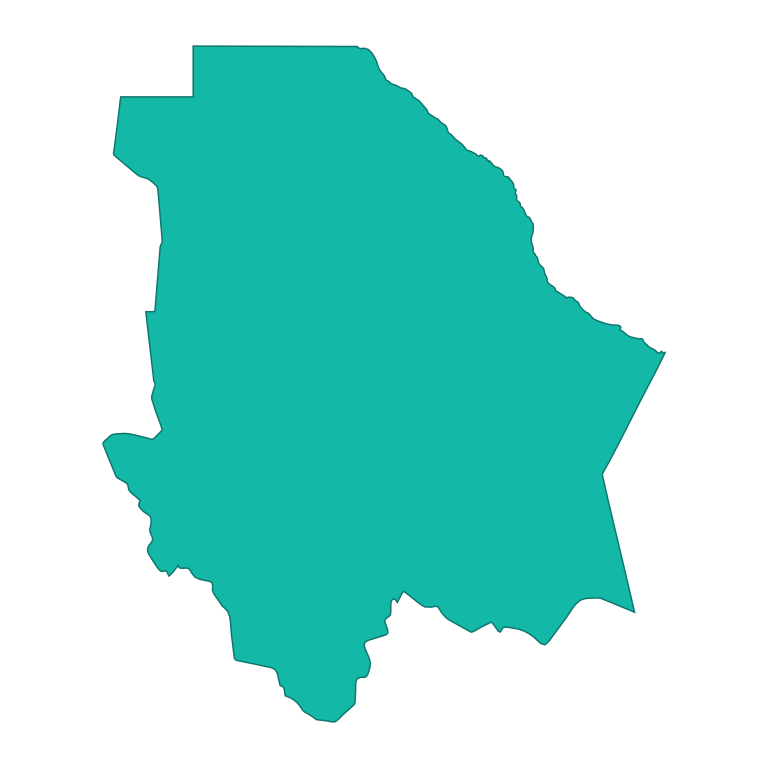 SVG path tracing the border of Chihuahua
{"feature_id": "MEX-2709", "entity_name": "Chihuahua", "entity_type": "State", "adm_level": 1, "iso_a3": "MEX", "parent_name": "Mexico", "parent_adm1": "", "projection": "mercator", "projection_center": [-106.749, 28.699], "detail": "fine", "context": "isolated", "style": "filled", "palette": "teal", "viewbox_px": 768, "rotation_deg": 0, "n_neighbors": 0, "source": "natural_earth", "source_scale": "10m", "svg_char_len": 6082}
<svg xmlns="http://www.w3.org/2000/svg" viewBox="0 0 768 768"><path d="M193.2,46.1L356.5,46.5L357.6,46.9L358.9,48.2L360.8,48.6L365.0,48.3L368.6,49.7L371.8,52.9L374.4,56.9L376.3,60.7L378.8,68.4L379.9,70.4L383.9,75.2L384.9,76.9L385.3,78.1L385.4,78.7L385.6,79.3L386.2,80.0L389.5,81.9L390.5,83.4L392.7,84.3L396.7,85.5L400.0,87.5L401.8,88.2L404.3,88.5L405.8,89.1L410.0,92.0L411.3,93.1L411.9,94.1L412.6,96.0L413.2,97.0L415.1,98.1L416.2,98.9L416.2,99.3L417.8,99.9L419.6,101.3L427.0,110.0L427.7,112.1L428.6,113.5L435.9,118.3L437.5,118.9L438.2,119.4L440.6,122.1L442.5,123.6L444.2,124.5L445.7,125.7L446.8,127.9L448.1,131.9L449.0,133.4L451.4,134.7L454.7,138.6L462.5,144.7L466.3,149.5L467.5,150.5L470.3,151.2L475.9,154.0L476.5,154.5L476.9,155.2L477.5,155.8L478.5,156.3L479.0,156.3L479.4,156.0L480.1,155.1L480.4,155.0L481.5,155.4L482.1,155.5L482.8,155.9L483.7,157.5L484.7,157.9L485.7,157.9L486.4,158.3L486.8,159.0L487.0,160.2L487.3,160.0L487.8,160.3L489.0,161.7L489.6,160.9L494.1,166.2L495.9,167.0L497.7,167.4L499.8,168.5L501.7,169.9L502.9,171.6L503.2,172.8L503.3,174.0L503.5,175.2L504.2,176.2L505.1,176.5L508.2,177.0L508.8,177.4L509.4,178.6L512.3,181.9L513.4,183.9L513.7,185.0L513.8,187.4L514.1,188.5L515.7,189.4L516.0,190.0L516.0,190.7L515.5,191.9L515.3,192.7L515.5,193.9L516.5,195.4L516.7,196.5L516.6,198.2L516.4,198.9L516.6,199.5L517.4,200.7L518.1,201.5L519.4,202.3L520.0,203.0L520.2,204.0L520.3,205.3L520.5,206.4L521.0,206.8L522.8,208.0L524.2,210.7L525.4,213.8L526.6,216.0L527.3,216.5L529.0,217.3L529.9,218.2L531.8,222.2L533.1,223.9L533.4,226.4L533.2,230.5L532.8,233.0L531.5,237.0L531.2,239.2L531.4,241.9L533.2,248.0L533.3,249.0L533.0,250.7L533.2,251.8L533.6,252.4L534.9,253.9L535.1,254.4L535.6,255.6L537.4,257.8L538.7,263.0L539.1,263.9L540.9,265.9L542.6,267.3L543.8,269.0L544.7,273.6L546.4,276.8L547.0,278.4L547.2,280.0L547.2,281.1L547.6,282.2L549.0,283.7L553.5,286.9L554.9,288.2L555.2,288.9L555.6,290.0L556.0,290.9L556.6,291.3L557.3,291.6L565.1,296.6L566.1,298.1L567.9,297.2L570.5,297.2L573.0,297.8L574.6,299.8L576.9,301.6L577.7,301.9L578.3,302.5L580.0,306.4L583.2,310.0L585.3,311.8L588.6,313.4L593.2,318.6L596.9,320.6L605.6,323.6L611.8,324.9L618.5,325.3L619.5,325.7L620.4,326.5L620.9,327.6L620.1,330.0L620.8,330.6L621.9,330.9L622.8,331.4L627.3,335.2L630.1,336.8L638.6,338.9L641.2,338.7L642.0,338.9L642.8,339.5L643.1,340.2L643.4,341.0L643.9,342.0L648.9,346.9L653.0,349.2L654.2,349.6L655.0,350.2L657.7,352.7L659.1,353.3L660.2,352.6L661.1,351.6L661.9,351.4L663.1,353.3L663.7,353.0L665.1,352.5L664.9,353.1L657.2,368.7L649.2,384.0L641.2,399.3L633.4,414.6L621.7,437.7L613.6,453.3L609.5,461.0L602.2,474.2L609.1,504.5L624.0,567.2L628.9,588.0L634.6,612.2L604.3,599.7L601.9,598.7L599.8,598.1L597.7,597.9L587.6,598.3L583.8,598.9L580.3,600.3L576.1,603.7L572.6,608.2L566.1,617.9L548.7,641.5L545.1,644.8L541.2,643.7L537.4,640.4L534.0,637.2L529.1,633.7L524.0,631.0L518.5,629.1L508.1,627.3L505.8,627.1L503.7,627.3L502.3,628.6L501.2,630.7L500.0,632.1L498.3,631.1L494.7,626.1L492.5,623.2L491.3,622.1L480.4,627.5L475.6,630.4L472.8,631.8L471.0,632.1L449.0,619.9L446.9,618.4L445.0,616.6L441.5,612.5L440.0,610.1L438.6,607.8L437.0,606.3L434.7,606.4L432.3,607.0L429.8,607.1L424.7,606.9L420.8,604.6L417.0,601.7L409.5,595.7L406.6,593.5L403.7,591.3L401.9,593.5L401.4,594.4L400.5,596.4L398.4,600.4L397.4,602.4L396.4,601.0L395.3,599.6L393.9,598.9L392.3,599.5L391.1,601.7L390.8,604.7L390.8,607.9L390.8,610.7L390.6,613.3L390.4,614.7L390.0,615.6L386.5,618.2L385.0,619.7L384.7,621.3L386.2,625.6L387.6,630.0L387.9,632.2L387.5,633.6L386.3,634.5L384.4,635.3L367.7,640.5L364.7,642.6L364.2,645.6L365.2,649.0L368.2,655.9L369.6,659.6L370.4,663.4L369.9,667.3L368.7,671.8L367.9,674.0L366.8,675.9L365.3,677.2L363.6,677.4L361.9,677.3L360.1,677.3L357.0,679.0L355.8,682.1L355.6,686.0L355.6,690.0L355.1,701.7L354.7,703.6L353.9,704.9L342.3,715.3L338.9,718.8L336.9,720.5L335.1,721.7L333.3,721.9L331.1,721.7L327.1,720.9L316.2,719.6L313.4,717.4L310.7,715.5L307.8,713.7L304.7,712.0L302.8,710.3L301.2,708.0L299.6,705.6L297.9,703.5L295.6,701.4L293.2,699.5L290.7,698.0L287.9,696.7L285.6,696.0L285.1,695.3L284.8,692.2L284.5,690.8L283.8,688.0L283.1,686.8L282.1,686.3L281.0,685.9L279.9,685.0L279.5,682.9L278.9,680.6L278.5,679.0L277.9,675.6L277.0,672.4L275.3,669.9L273.0,668.3L270.3,667.4L244.1,661.9L237.1,660.5L235.4,659.8L234.5,658.3L234.0,655.1L231.6,635.7L231.1,629.9L230.6,623.3L229.8,617.0L228.0,612.0L226.3,609.7L222.1,605.7L220.4,603.3L218.4,600.2L216.1,597.1L213.9,593.9L212.5,590.4L212.6,584.8L211.8,582.5L209.6,581.3L204.8,580.4L199.6,579.2L194.9,577.0L191.7,573.0L190.6,571.1L189.4,569.4L188.0,568.3L186.0,568.0L183.8,568.2L181.3,568.3L179.1,567.6L177.9,565.5L175.9,568.3L173.8,571.1L171.5,573.7L169.0,576.0L168.4,574.9L167.8,573.8L166.8,571.5L166.2,570.8L165.5,570.7L163.9,571.2L162.2,571.4L161.0,571.2L159.9,570.5L158.7,569.2L156.4,566.1L154.3,562.9L150.1,556.3L148.7,554.0L147.8,551.8L147.6,549.3L148.3,546.6L149.9,544.1L151.6,542.2L152.6,539.9L152.1,536.7L150.5,533.2L149.9,531.3L149.8,529.4L150.7,525.1L151.1,522.9L151.2,520.7L151.0,518.8L150.4,517.0L149.4,515.6L147.9,514.5L145.3,512.9L143.1,511.1L141.0,509.0L139.0,506.5L138.8,504.9L139.0,503.4L139.6,501.9L140.5,500.7L130.1,491.8L128.8,489.8L127.8,485.0L126.7,483.2L118.8,478.7L117.5,477.9L116.4,476.9L115.7,475.5L103.7,446.0L102.9,443.7L103.9,441.7L105.7,440.0L107.6,438.4L109.5,436.5L111.0,435.2L112.8,434.5L115.2,434.0L120.2,433.6L124.7,433.5L129.2,433.8L134.1,434.8L147.4,438.1L150.7,439.2L152.3,439.3L153.7,438.7L161.9,430.5L161.9,428.9L161.1,426.1L160.1,423.1L155.9,412.0L151.8,399.0L151.8,396.1L152.8,392.3L155.0,385.5L155.2,384.2L154.8,383.1L153.9,381.1L153.6,379.9L153.3,376.1L148.3,333.6L145.8,311.7L152.5,311.7L154.2,311.6L154.9,311.0L155.1,309.8L155.2,307.6L159.0,261.5L159.8,251.5L160.1,247.4L160.5,245.6L162.1,242.4L162.3,241.1L159.6,209.7L159.3,205.5L158.1,191.7L157.8,189.0L157.3,187.1L156.2,185.6L154.3,183.8L151.8,181.6L149.5,179.8L147.1,178.5L144.1,177.6L142.3,177.1L140.4,176.5L138.6,175.6L137.0,174.5L115.1,156.1L113.8,154.6L113.5,153.0L114.2,148.7L117.3,125.1L120.7,96.9L193.2,96.9L193.2,46.1Z" fill="#14b8a6" stroke="#0f766e" stroke-width="1.5"/></svg>